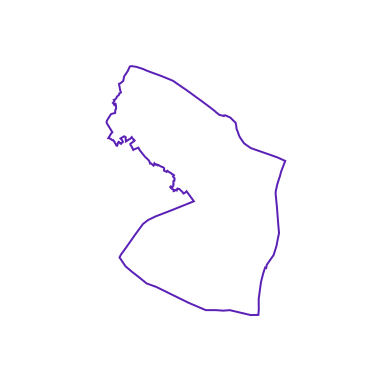 Kano Municipal, Kano, Nigeria, rotated 329°
{"feature_id": "59680162B28367664307560", "entity_name": "Kano Municipal", "entity_type": "district", "adm_level": 2, "iso_a3": "NGA", "parent_name": "Nigeria", "parent_adm1": "Kano", "projection": "robinson", "projection_center": [8.516, 11.984], "detail": "fine", "context": "isolated", "style": "outline", "palette": "violet", "viewbox_px": 384, "rotation_deg": 329, "n_neighbors": 0, "source": "geoboundaries", "source_scale": "gbopen_adm2", "svg_char_len": 3880}
<svg xmlns="http://www.w3.org/2000/svg" viewBox="0 0 384 384"><g transform="rotate(329 192 192)"><path d="M265.1,154.9L264.2,152.0L263.2,148.0L260.1,143.5L258.9,142.9L258.5,143.3L257.0,141.9L256.9,141.6L255.2,140.0L253.8,136.4L253.7,136.0L253.1,134.0L250.7,127.8L247.8,120.7L243.8,111.3L239.6,101.4L237.4,96.7L233.0,86.9L229.0,81.5L227.2,79.1L225.0,76.2L218.5,68.2L215.0,63.7L213.5,61.5L208.8,56.1L204.8,52.8L203.2,52.5L199.1,55.3L193.3,58.0L190.3,61.4L186.4,61.9L185.1,61.7L183.2,66.8L182.3,70.1L181.2,70.1L180.5,70.1L179.5,71.1L176.6,71.6L175.9,72.4L173.8,73.1L172.5,72.8L172.4,73.8L172.1,74.3L170.9,74.6L170.6,74.8L170.1,74.9L170.2,75.4L170.3,75.6L170.2,76.1L170.2,77.2L171.2,76.8L171.8,76.8L171.9,77.2L171.5,78.3L170.6,80.1L170.3,80.8L169.5,81.7L168.6,82.1L168.1,82.9L167.8,83.3L167.4,83.8L166.8,84.7L165.9,84.4L163.6,83.7L162.7,83.6L161.8,83.9L160.9,84.5L160.5,84.6L157.9,85.9L156.8,86.5L155.7,87.1L154.9,87.9L154.5,88.9L154.4,89.0L154.5,96.2L154.5,98.4L154.5,99.8L153.1,100.1L148.0,102.8L149.0,103.6L149.5,104.3L149.6,104.7L149.9,105.2L150.0,105.7L150.2,106.1L150.5,106.8L151.2,107.0L151.4,109.1L151.4,109.4L151.3,109.5L151.2,109.6L151.2,110.3L151.3,111.5L151.2,112.2L151.1,113.2L151.7,113.8L152.4,113.0L152.7,113.0L152.9,112.7L153.2,112.3L153.3,112.1L153.9,111.7L155.0,111.2L155.1,111.3L155.3,112.1L155.4,112.3L155.2,112.3L155.5,113.2L155.8,113.9L156.0,114.2L156.6,114.0L157.1,113.7L158.3,113.7L158.6,113.6L158.6,112.6L158.7,112.4L158.8,111.6L158.6,110.9L158.5,110.2L158.3,109.3L161.6,109.3L162.5,109.3L162.7,109.5L162.8,109.8L163.2,110.5L163.4,110.9L163.0,111.3L162.7,112.1L162.4,112.6L162.5,112.6L162.0,113.8L161.5,114.6L162.9,114.6L163.6,114.6L164.7,114.4L165.9,114.6L166.7,114.5L167.0,114.4L167.4,114.3L168.6,113.9L168.6,115.3L169.0,116.8L169.3,118.2L168.4,118.2L168.3,118.6L167.3,118.6L166.7,118.8L165.9,118.8L165.1,118.8L163.9,119.0L163.7,119.3L163.7,119.6L163.5,120.2L163.5,120.8L163.6,121.4L163.7,121.6L163.6,123.0L163.5,123.6L163.6,124.0L163.4,124.5L163.3,125.0L163.3,125.7L163.8,125.6L164.5,125.7L168.9,126.4L168.8,127.3L168.8,129.6L168.9,130.7L169.9,137.9L170.6,140.0L171.0,141.7L171.3,143.1L171.2,143.9L170.8,145.9L171.4,145.8L171.8,147.1L172.6,149.6L173.3,149.3L173.5,149.1L173.6,148.9L173.8,148.7L174.6,148.0L174.9,148.9L175.2,150.3L176.1,150.3L176.3,150.8L176.4,151.6L177.1,151.6L177.4,152.0L178.0,153.3L178.6,154.3L179.6,155.5L180.1,156.1L180.3,156.7L180.3,157.1L180.1,157.9L179.2,158.7L179.1,159.5L179.5,160.3L180.1,160.7L180.6,161.7L181.8,161.1L182.8,163.5L183.8,165.1L184.1,166.7L184.6,166.9L185.2,168.4L183.7,169.1L184.1,171.4L182.7,173.2L182.3,172.8L181.3,173.5L180.9,174.4L180.4,175.6L180.0,175.6L179.3,177.0L178.6,177.3L177.3,178.0L176.8,176.3L175.9,176.5L176.2,178.5L177.4,180.6L176.7,181.8L177.3,182.0L177.5,182.0L178.3,181.9L178.5,181.7L179.0,181.8L179.2,182.1L179.7,182.8L180.2,182.3L180.8,181.8L181.0,181.6L181.4,181.5L181.6,181.7L181.8,182.3L182.2,182.7L182.4,182.7L182.7,183.0L183.9,187.5L183.9,188.9L185.1,189.0L185.8,189.0L187.7,188.6L187.9,190.8L188.8,200.9L171.9,198.2L164.3,197.0L155.3,195.4L147.8,194.1L139.8,193.4L133.4,194.2L121.5,199.2L106.6,205.8L99.0,209.0L96.1,210.8L96.3,212.9L96.7,221.3L99.5,229.6L102.7,237.9L103.0,238.7L106.0,247.0L112.5,255.0L115.1,259.0L121.0,268.2L132.2,285.5L142.9,300.3L151.8,305.7L158.0,310.0L160.7,311.3L163.6,312.8L178.9,327.7L185.2,331.3L185.6,331.5L188.6,327.3L194.1,318.0L204.6,304.9L208.1,301.4L211.7,297.9L215.8,294.4L216.5,295.3L218.6,292.9L221.8,291.5L229.6,288.0L235.9,282.4L236.7,281.7L239.5,278.5L245.2,272.3L245.4,272.1L248.9,264.9L249.8,263.1L255.0,252.7L257.6,247.5L258.8,244.9L258.9,244.7L262.9,236.3L264.0,234.7L266.5,232.0L269.2,229.2L274.1,224.9L275.9,223.4L278.7,220.6L284.3,216.2L287.9,213.4L283.0,206.3L265.0,184.6L263.4,181.0L261.7,177.1L261.3,171.3L261.3,168.5L262.4,163.0L262.4,162.9L262.7,160.8L264.0,158.1L265.1,154.9Z" fill="none" stroke="#5b21b6" stroke-width="2"/></g></svg>